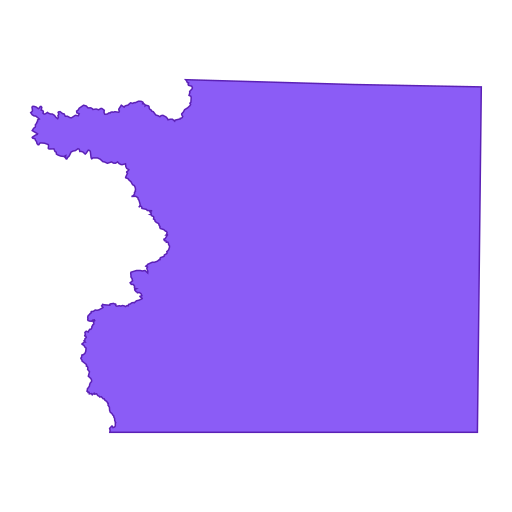 Río Senguer, Chubut, Argentina
{"feature_id": "61730980B47831130528254", "entity_name": "Río Senguer", "entity_type": "district", "adm_level": 2, "iso_a3": "ARG", "parent_name": "Argentina", "parent_adm1": "Chubut", "projection": "mercator", "projection_center": [-71.319, -45.327], "detail": "fine", "context": "isolated", "style": "filled", "palette": "violet", "viewbox_px": 512, "rotation_deg": 0, "n_neighbors": 0, "source": "geoboundaries", "source_scale": "gbopen_adm2", "svg_char_len": 5904}
<svg xmlns="http://www.w3.org/2000/svg" viewBox="0 0 512 512"><path d="M185.6,79.7L186.4,80.6L187.3,82.5L188.6,82.9L188.1,84.2L188.5,85.3L191.7,86.2L192.4,87.8L192.2,88.7L189.7,91.4L189.6,92.0L189.9,92.5L189.0,95.4L190.8,96.2L191.2,97.6L190.9,102.2L189.9,103.2L190.6,104.5L190.1,105.5L187.8,107.7L184.6,109.7L183.3,112.1L181.7,113.8L181.7,114.7L182.7,116.4L182.3,117.5L181.5,118.1L180.3,118.3L180.3,118.9L175.1,120.1L174.7,121.2L172.4,119.2L170.4,119.2L168.0,119.8L167.5,118.6L166.1,117.0L162.9,115.3L161.1,115.6L159.9,116.7L158.1,115.7L155.8,115.0L153.3,111.7L151.6,111.0L151.1,109.9L150.0,109.4L149.3,108.4L149.0,106.5L148.5,105.9L146.0,105.2L145.2,105.8L145.3,105.1L144.4,104.0L142.7,103.7L143.2,102.8L142.7,102.0L141.1,101.3L138.5,101.2L135.3,102.7L134.2,102.6L132.7,103.4L130.6,102.8L127.8,105.2L125.9,105.6L124.6,106.3L124.1,107.1L121.3,105.2L118.8,109.1L118.8,110.0L119.4,111.0L118.8,112.3L114.8,111.7L113.1,112.3L112.1,111.9L110.7,112.3L110.3,112.9L108.9,112.9L107.4,114.0L105.7,114.3L104.7,114.2L104.0,112.3L104.3,110.3L101.9,108.5L101.0,108.4L98.6,109.8L96.2,109.0L92.9,109.5L92.5,108.8L90.8,107.8L88.0,107.9L86.3,106.0L83.6,105.2L79.2,108.2L78.2,110.0L76.6,111.1L76.8,112.8L79.2,113.8L78.3,115.8L75.4,115.3L71.5,117.8L70.1,117.7L67.4,116.2L65.3,116.3L64.1,113.9L62.6,113.6L60.0,111.6L58.5,111.9L58.1,112.4L58.8,114.1L57.9,115.7L58.4,117.1L57.7,118.7L56.0,117.4L54.4,115.3L52.3,114.0L50.6,114.0L48.4,113.2L47.5,112.4L45.4,113.8L44.2,114.1L43.0,113.2L43.4,111.9L42.8,110.6L41.2,110.1L41.8,107.3L41.0,106.4L40.3,106.5L39.0,108.3L38.3,108.7L36.1,107.0L33.8,106.3L32.5,106.4L32.0,107.2L32.5,110.5L32.1,111.5L30.7,112.6L32.2,114.8L34.0,115.9L35.8,116.1L39.3,119.0L37.6,119.9L37.5,121.6L36.7,122.3L36.7,123.1L35.3,124.9L35.5,126.0L35.2,127.2L33.7,128.2L32.2,130.6L37.6,133.8L37.3,134.4L35.6,135.0L32.4,137.1L32.2,137.5L32.7,138.2L35.0,138.8L35.5,140.4L36.5,141.5L37.0,143.6L38.1,144.8L38.9,144.7L39.7,143.3L40.7,142.9L44.5,143.2L48.1,144.5L48.4,144.7L48.5,146.7L48.2,148.1L48.5,148.6L49.1,149.0L53.9,148.9L55.0,151.5L56.2,152.2L56.4,154.1L58.1,155.1L60.8,156.1L64.1,156.5L64.8,157.2L65.1,155.8L65.8,155.5L65.5,157.2L65.9,158.7L66.4,159.0L67.0,158.8L67.5,157.6L69.2,156.0L71.1,152.0L73.2,151.0L75.4,150.6L78.0,148.7L79.3,149.3L79.8,151.5L81.0,151.4L82.8,151.9L85.2,154.1L86.2,153.2L88.3,150.1L89.6,150.5L90.3,151.5L91.1,157.8L91.8,158.8L92.9,157.9L97.5,157.9L100.2,159.2L102.9,161.7L104.4,161.9L107.4,163.3L111.5,161.9L113.4,163.1L115.6,163.2L117.6,161.9L119.1,163.6L121.1,164.6L122.1,164.7L125.5,163.8L125.8,166.6L126.7,168.4L128.8,169.7L128.4,170.5L126.7,171.8L126.7,172.4L127.5,173.2L125.6,177.3L125.7,177.8L127.9,178.6L129.3,180.4L130.8,181.5L132.6,184.7L134.2,185.5L135.0,187.0L135.4,188.4L135.5,189.7L135.2,190.7L135.4,191.4L134.5,192.3L134.5,193.7L134.0,194.8L132.9,195.8L131.5,196.5L135.7,196.3L137.9,197.7L138.1,199.0L139.0,200.3L140.2,204.6L139.7,206.2L138.7,207.2L140.4,206.0L140.8,206.1L141.8,207.2L141.9,208.4L146.4,209.4L147.3,210.5L151.5,210.7L151.5,211.0L150.0,211.9L151.3,213.1L151.1,213.9L150.2,214.4L151.2,214.5L151.4,215.6L153.5,216.6L153.8,217.6L153.5,219.0L154.8,219.8L155.0,221.1L156.3,222.4L158.7,223.6L158.9,224.6L159.3,225.3L159.2,225.6L160.0,226.4L159.8,227.3L160.3,228.5L163.8,229.6L165.5,231.2L166.4,231.4L167.1,232.6L166.6,234.3L166.1,234.9L167.4,234.7L167.4,235.2L166.6,235.6L166.7,236.2L165.3,238.4L164.6,239.1L164.1,239.0L163.9,239.5L164.5,240.7L166.0,241.0L166.3,242.3L167.8,242.1L168.5,243.4L168.6,244.6L169.5,245.9L169.5,247.2L168.6,249.8L167.7,250.9L166.8,251.5L167.1,252.9L166.6,253.7L164.4,254.9L164.0,256.4L160.6,257.6L160.0,258.3L160.1,259.6L159.0,259.8L157.4,261.2L154.3,262.3L152.3,262.2L147.7,264.3L147.2,265.2L146.3,265.7L145.8,266.2L147.5,267.1L146.8,268.4L147.8,271.1L147.7,273.0L145.0,270.5L142.3,271.0L140.3,270.5L136.5,270.5L131.0,272.2L130.7,273.1L131.0,275.9L130.9,276.9L132.3,279.0L132.2,279.9L132.6,280.8L130.1,282.8L131.3,284.4L133.3,284.5L134.5,286.1L134.4,287.8L134.7,288.4L136.4,288.7L134.7,289.5L134.8,290.1L136.0,291.6L137.0,292.1L137.4,292.8L139.3,292.5L141.0,293.6L141.9,295.7L140.4,296.3L139.6,295.9L140.3,296.9L142.2,298.3L142.1,298.7L139.2,300.1L136.4,300.8L134.2,302.8L133.3,302.5L131.6,302.9L130.4,303.9L128.6,304.4L128.2,305.8L127.0,305.6L125.4,306.6L124.3,305.9L122.5,305.5L120.8,306.1L119.5,305.7L116.8,306.2L115.7,305.6L115.9,304.6L115.6,304.0L114.6,304.0L113.6,303.4L110.3,303.9L109.7,304.4L109.8,305.2L109.4,305.2L103.6,304.7L102.8,304.3L101.6,305.9L103.0,307.3L102.8,307.7L99.0,309.8L97.1,310.3L95.2,310.0L93.3,311.4L91.4,311.5L91.1,311.8L91.2,312.8L90.0,313.6L89.5,314.6L88.5,315.2L87.9,316.2L87.7,317.9L88.0,318.8L87.7,319.4L88.0,320.5L89.7,321.1L91.7,321.2L92.6,320.2L94.3,319.8L94.7,320.7L93.2,321.8L93.8,322.8L93.8,324.0L92.7,324.9L92.6,325.7L91.9,326.3L91.8,327.9L90.7,329.4L89.7,329.3L88.4,331.3L88.2,332.0L86.2,331.2L84.9,332.4L85.3,334.4L84.7,335.6L85.1,336.3L85.9,336.3L86.3,337.5L84.9,338.8L84.9,340.1L84.1,340.6L85.1,342.0L84.1,341.9L83.3,342.9L82.0,343.8L82.0,344.3L83.9,345.4L85.1,347.4L86.1,348.1L85.7,351.5L84.8,353.5L82.9,354.9L82.1,354.8L81.7,355.9L81.6,357.3L80.9,358.0L80.9,358.5L82.0,360.2L82.0,361.0L86.4,364.5L86.4,366.2L87.3,366.4L87.9,367.8L87.6,369.4L89.5,371.8L88.3,376.2L90.8,378.5L91.6,380.1L91.5,381.6L90.3,382.9L89.7,384.4L89.4,386.2L87.3,389.0L87.4,390.1L86.9,391.1L87.9,391.7L88.1,393.1L88.4,392.3L89.2,392.4L89.3,393.9L91.4,393.6L92.2,394.8L92.8,394.0L93.6,394.0L94.2,393.2L94.6,393.5L94.8,394.2L96.6,393.8L97.7,395.5L99.4,396.4L99.7,397.0L101.3,396.7L103.2,398.8L104.2,398.8L104.9,400.2L106.8,401.5L107.7,403.2L108.3,403.3L108.0,405.1L109.4,407.2L109.6,410.3L110.3,412.3L111.8,413.4L112.9,415.2L113.6,415.7L114.0,417.5L114.6,418.3L114.7,420.5L115.2,421.5L115.1,422.0L115.7,422.6L115.3,423.5L115.3,425.9L114.6,427.0L113.0,427.6L112.3,426.1L111.9,426.0L109.6,428.4L110.1,430.4L109.8,432.3L477.4,432.3L481.3,86.9L353.4,84.5L185.6,79.7Z" fill="#8b5cf6" stroke="#5b21b6" stroke-width="1.5"/></svg>